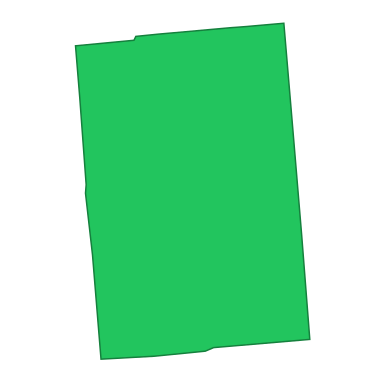 Carlton, Minnesota, United States of America (orthographic projection), rotated 265°
{"feature_id": "52423323B32701747580552", "entity_name": "Carlton", "entity_type": "district", "adm_level": 2, "iso_a3": "USA", "parent_name": "United States of America", "parent_adm1": "Minnesota", "projection": "orthographic", "projection_center": [-92.563, 46.593], "detail": "fine", "context": "isolated", "style": "filled", "palette": "green", "viewbox_px": 384, "rotation_deg": 265, "n_neighbors": 0, "source": "geoboundaries", "source_scale": "gbopen_adm2", "svg_char_len": 446}
<svg xmlns="http://www.w3.org/2000/svg" viewBox="0 0 384 384"><g transform="rotate(265 192 192)"><path d="M33.4,86.8L31.7,140.4L32.3,191.4L35.1,200.0L34.9,296.5L139.6,297.5L243.7,297.9L352.1,298.2L352.1,296.0L352.1,289.3L352.1,261.1L352.2,250.9L352.3,245.8L352.2,185.0L352.2,172.8L351.9,149.6L348.2,147.4L348.1,133.8L347.8,88.7L295.3,88.4L208.5,87.2L200.1,85.8L138.0,87.4L33.4,86.8Z" fill="#22c55e" stroke="#15803d" stroke-width="1.5"/></g></svg>